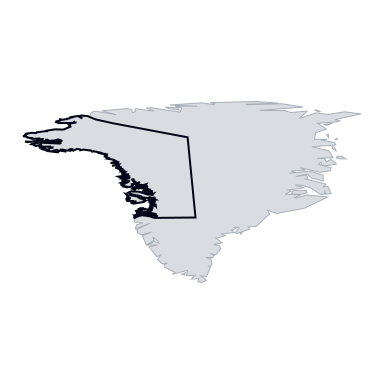 Qaasuitsup Kommunia on a map of Greenland (Natural Earth projection)
{"feature_id": "GRL-2743", "entity_name": "Qaasuitsup Kommunia", "entity_type": "state/province", "adm_level": 1, "iso_a3": "GRL", "parent_name": "Greenland", "parent_adm1": "", "projection": "natural_earth1", "projection_center": [-56.716, 74.362], "detail": "fine", "context": "in_parent", "style": "outline", "palette": "ink", "viewbox_px": 384, "rotation_deg": 0, "n_neighbors": 0, "source": "natural_earth", "source_scale": "10m", "svg_char_len": 9671}
<svg xmlns="http://www.w3.org/2000/svg" viewBox="0 0 384 384"><path d="M256.0,101.5L278.6,103.2L246.3,104.2L246.3,104.8L282.4,103.8L303.1,107.1L259.7,110.4L285.3,110.7L290.7,112.5L307.1,111.1L299.4,118.4L316.0,112.9L328.5,114.4L344.6,111.8L361.0,113.9L334.8,119.7L339.7,120.7L337.2,121.8L317.7,123.4L326.3,129.1L315.6,132.7L314.5,139.3L327.2,139.3L320.7,140.0L334.3,142.5L335.8,145.0L311.8,146.7L328.9,150.8L333.0,157.8L317.3,158.2L324.7,158.6L326.4,161.9L330.8,159.3L336.4,164.1L326.0,165.8L320.8,164.8L321.4,163.0L320.0,162.4L318.5,164.5L331.1,167.8L330.3,170.8L320.5,172.3L300.5,167.8L305.5,170.2L290.9,171.0L295.5,172.4L289.6,173.3L309.6,171.2L323.1,175.0L323.2,181.1L311.7,178.2L307.3,174.0L295.8,176.5L306.5,175.1L307.9,178.1L305.1,179.0L326.0,184.1L323.5,186.9L327.7,186.2L331.1,193.7L325.9,194.2L324.8,191.0L324.1,194.4L320.2,194.3L311.2,188.2L302.5,185.4L295.1,185.0L304.4,187.8L288.2,190.0L291.0,191.2L285.0,194.3L300.8,194.7L294.5,197.6L296.1,197.9L306.8,195.0L327.7,197.0L303.9,208.4L276.8,213.4L267.8,210.4L269.4,214.0L255.8,226.7L248.0,226.6L249.8,229.1L236.9,233.6L235.2,232.6L239.2,227.7L233.5,227.1L236.2,228.1L231.6,230.2L233.9,232.6L221.4,233.9L225.4,235.7L216.0,238.2L222.3,242.9L213.4,244.4L219.8,245.8L220.6,249.2L215.7,254.8L210.4,253.5L214.2,255.5L212.5,257.5L205.8,257.6L211.1,258.9L211.9,265.0L208.9,266.2L210.6,266.5L206.7,276.4L200.8,275.8L206.5,280.4L201.4,282.5L197.9,281.6L199.0,278.5L191.3,279.1L195.2,275.2L186.6,275.6L187.4,270.4L172.3,274.3L174.9,272.3L164.6,267.2L163.9,264.7L167.5,263.1L162.3,263.8L157.5,259.7L160.8,254.9L156.9,256.8L149.0,246.8L157.3,245.1L147.9,245.1L154.4,241.2L158.8,243.1L158.0,241.0L152.5,236.9L154.1,240.2L146.5,245.0L142.3,235.8L151.4,232.1L142.2,234.7L138.0,233.6L136.7,229.8L150.3,223.0L135.3,229.0L136.4,224.9L142.9,223.0L134.7,222.1L133.9,218.6L141.9,215.8L153.9,217.7L142.9,215.2L134.3,217.6L137.8,212.2L147.6,213.4L150.1,210.8L136.3,211.5L138.4,209.0L150.3,209.1L152.3,207.5L149.5,207.9L150.4,204.8L155.3,204.5L150.5,204.1L154.8,197.6L142.9,197.4L128.9,192.3L152.5,194.7L145.6,189.8L150.2,189.9L137.4,187.5L145.4,184.6L135.4,185.4L137.1,183.6L133.9,179.3L132.3,179.6L135.2,182.9L132.2,186.3L122.3,185.6L126.8,179.3L122.3,180.7L124.0,179.3L122.2,178.6L127.3,175.3L121.8,174.3L124.0,171.8L119.1,170.1L120.7,168.5L118.4,165.7L112.5,165.7L118.2,162.7L104.7,156.5L106.6,155.4L105.0,154.0L77.5,149.1L48.3,151.0L41.8,148.8L49.9,146.9L32.8,143.9L61.1,140.7L43.4,141.1L24.4,135.9L31.5,132.9L64.6,129.1L74.3,122.9L57.8,121.7L72.9,117.0L89.8,116.1L91.3,112.3L95.5,111.2L116.0,114.7L101.8,110.8L127.1,108.6L131.8,109.7L132.6,112.8L135.3,111.5L135.3,108.7L154.1,111.2L146.1,107.9L151.2,107.8L180.2,112.1L181.7,107.8L174.8,106.2L197.1,106.2L169.8,105.0L201.7,102.8L213.8,104.7L214.7,103.8L210.1,102.6L256.0,101.5ZM129.9,195.3L145.3,201.0L133.9,203.7L126.6,200.1L130.2,198.3L127.1,196.8L129.9,195.3ZM306.4,190.5L307.1,192.7L302.4,194.2L291.3,194.0L293.1,190.6L306.4,190.5ZM179.2,110.2L168.8,108.6L165.4,107.1L178.5,107.8L179.2,110.2ZM332.4,123.3L326.7,125.4L323.7,124.5L332.4,123.3ZM341.4,156.1L345.9,158.9L337.0,158.6L336.6,156.8L341.4,156.1ZM336.5,151.4L332.7,148.6L332.2,146.6L334.2,147.0L336.5,151.4ZM124.5,175.6L122.4,177.7L118.5,176.5L124.5,175.6ZM320.6,111.6L318.7,111.8L314.9,110.2L316.3,109.9L320.6,111.6ZM152.7,199.0L149.4,201.4L148.6,199.0L152.7,199.0ZM328.6,134.3L328.7,137.7L326.6,134.8L328.6,134.3ZM31.5,141.6L28.0,142.1L25.4,141.6L31.5,141.6ZM134.5,187.6L132.7,189.2L132.3,188.9L134.5,187.6ZM337.3,139.3L334.6,139.6L337.1,138.3L337.3,139.3ZM185.4,272.8L184.3,275.2L181.6,274.2L185.4,272.8ZM146.3,191.1L143.6,190.9L143.4,190.7L144.4,190.1L146.3,191.1ZM241.9,233.0L240.6,234.1L240.2,232.8L241.9,233.0Z" fill="#d9dde1" stroke="#a8b0b8" stroke-width="1"/><path d="M50.6,147.3L50.1,146.5L43.4,146.8L38.6,145.8L42.0,144.4L36.1,146.0L33.6,145.2L35.4,144.9L31.4,144.2L32.6,143.4L35.5,143.3L34.3,143.0L41.1,142.7L60.3,143.6L59.8,143.4L61.4,143.0L44.7,142.4L54.3,141.7L61.1,142.6L58.7,141.4L62.3,140.9L58.6,139.5L58.9,139.3L53.5,140.6L49.1,140.8L47.1,139.6L46.6,139.7L47.7,140.7L44.2,141.2L38.2,140.3L42.7,139.5L42.8,139.0L36.1,139.5L40.2,138.4L32.5,138.9L31.8,138.7L33.2,138.2L27.4,137.7L27.2,136.9L23.0,136.2L26.6,135.2L24.4,135.0L25.9,134.4L25.5,134.2L26.1,133.6L32.0,132.8L36.2,133.1L36.6,132.4L45.8,131.1L47.8,131.4L45.7,130.8L55.2,129.3L62.9,129.6L64.8,129.3L64.1,129.3L70.3,126.7L69.4,125.8L69.9,125.0L68.9,124.5L69.9,123.8L69.5,123.4L76.5,122.5L74.4,122.4L74.1,121.8L72.7,122.8L70.1,123.0L58.4,123.1L58.3,122.6L56.0,122.1L56.2,121.4L60.1,120.5L60.4,119.9L67.2,119.1L66.2,118.9L69.8,118.3L70.1,117.6L71.8,117.4L71.4,117.0L77.7,116.0L82.3,118.5L79.3,116.0L81.4,115.5L87.5,116.1L95.9,119.5L113.1,123.3L187.6,137.3L195.5,217.5L154.3,217.9L152.2,217.1L153.9,216.7L155.9,216.0L158.1,216.3L155.9,216.0L151.4,216.9L152.1,216.7L149.4,216.2L151.4,216.2L156.0,215.2L152.7,214.6L152.1,215.0L153.6,215.1L150.3,215.8L149.1,214.8L151.5,214.8L151.1,214.0L147.8,214.4L149.3,215.3L148.4,216.1L143.0,215.3L147.5,214.1L138.8,215.9L134.6,217.9L134.1,217.1L135.4,216.2L134.5,215.4L137.1,215.5L135.8,214.9L136.4,214.7L136.9,215.2L137.7,215.2L137.0,215.0L138.5,214.8L136.8,214.6L139.5,214.0L137.2,213.7L143.8,214.5L144.7,214.1L140.3,214.0L137.7,212.9L138.1,212.4L135.9,212.7L136.8,212.4L138.0,212.3L142.2,213.3L140.0,212.5L145.5,213.5L149.9,213.3L154.1,214.7L156.7,214.3L148.5,212.3L151.5,212.4L148.9,211.8L150.3,211.5L150.2,210.5L152.6,209.9L152.1,209.8L147.1,210.5L149.8,211.5L142.2,212.4L141.8,211.5L139.1,211.8L141.3,211.1L136.6,211.7L136.3,211.2L138.2,211.3L142.5,209.8L141.1,209.6L150.2,209.3L150.9,209.2L150.6,208.2L152.0,208.9L152.3,208.4L151.1,208.0L153.2,207.2L149.3,207.8L151.3,206.4L149.9,206.7L150.5,204.8L152.5,204.9L151.1,205.5L153.3,205.2L154.9,206.6L154.2,205.8L155.3,205.3L155.9,206.1L155.8,205.2L152.9,204.8L156.3,204.4L154.2,204.2L154.8,203.1L153.5,204.1L150.2,204.1L151.7,203.5L151.0,203.2L151.9,203.1L151.7,202.1L155.8,201.6L151.6,201.8L152.2,200.6L154.5,201.0L152.0,200.1L155.8,199.7L153.2,198.4L155.4,197.5L149.1,198.1L151.5,197.6L149.3,197.2L148.0,198.1L142.5,197.4L140.7,196.1L132.0,194.5L128.3,192.6L131.1,191.3L139.5,191.8L147.2,194.4L153.4,195.0L152.5,194.6L153.4,193.6L150.6,194.5L148.4,193.3L149.3,192.8L151.2,193.8L152.1,193.5L150.7,192.8L152.6,192.7L149.9,192.6L149.9,191.8L147.7,192.0L148.9,191.4L151.6,192.1L152.7,192.0L150.9,191.4L151.3,190.9L144.5,189.7L149.1,190.2L150.9,189.7L147.4,189.4L148.9,188.8L142.7,188.9L147.0,187.8L146.3,187.0L140.8,188.5L142.6,187.8L142.6,187.0L148.0,186.0L141.6,187.0L138.1,186.6L145.4,185.2L146.1,184.2L143.1,185.1L136.4,184.3L138.6,183.4L138.5,182.8L139.9,182.0L135.8,183.8L135.5,181.8L133.7,181.1L132.7,179.5L134.5,179.3L132.6,179.3L132.1,179.5L132.9,180.8L135.6,183.3L132.4,184.1L133.4,184.9L131.3,184.3L132.9,185.6L132.5,186.4L128.2,187.2L124.4,186.0L125.2,186.9L122.8,186.4L121.8,185.0L122.4,184.9L120.4,184.6L124.3,183.8L123.9,183.0L126.8,182.8L128.5,181.8L129.6,180.3L128.0,181.9L124.3,182.6L122.2,182.2L126.5,180.1L126.1,179.3L127.7,179.2L121.9,178.6L123.1,178.0L130.1,178.3L125.7,178.0L128.0,177.2L126.5,176.8L128.6,176.0L126.2,176.0L128.2,175.6L126.7,174.6L127.1,174.3L121.6,173.8L123.7,172.9L123.2,172.8L124.9,172.9L123.0,172.3L125.2,171.5L119.3,169.3L120.7,169.1L119.5,169.0L120.0,168.5L121.3,168.9L122.0,168.8L120.1,167.7L121.8,167.6L119.0,166.6L119.9,166.5L117.3,166.2L118.6,165.8L117.9,165.8L119.0,164.6L112.0,165.9L117.9,164.4L115.5,164.0L119.0,163.7L115.0,163.3L118.9,163.0L116.2,162.1L116.9,161.8L112.9,161.1L115.0,160.5L113.5,159.7L107.1,158.7L108.4,157.9L105.4,156.8L106.6,156.1L103.9,156.5L106.8,155.8L106.9,155.2L105.5,154.9L106.2,154.3L104.6,154.1L105.7,153.8L102.0,153.9L100.6,153.4L101.4,152.9L100.7,152.6L97.7,153.2L98.8,152.3L93.6,151.2L92.1,151.7L91.1,150.5L83.4,149.6L80.3,150.3L80.1,149.5L77.1,148.9L73.1,150.7L72.3,150.2L72.4,149.3L70.9,149.1L71.2,149.8L69.4,149.8L69.9,150.7L65.6,150.4L65.4,151.5L62.4,151.0L64.4,150.0L63.3,149.7L60.6,149.7L59.3,151.1L56.5,149.8L54.2,150.5L58.8,152.4L47.6,151.1L46.9,150.8L47.5,150.5L40.9,148.9L44.2,148.0L47.1,149.5L49.2,149.5L49.4,147.9L52.5,147.9L52.6,147.3L50.6,147.3ZM143.8,202.0L133.3,203.7L130.6,202.6L136.0,202.3L134.9,202.0L136.3,201.1L133.4,202.1L133.9,201.7L132.3,201.8L132.7,201.0L127.7,201.1L126.1,200.2L129.9,200.4L126.5,198.9L127.5,198.1L130.8,198.5L127.1,197.1L127.5,195.9L130.1,195.3L136.7,196.2L140.1,198.4L144.6,199.4L145.2,199.9L144.5,200.4L145.6,200.7L143.8,202.0ZM149.3,198.5L151.9,198.6L152.8,199.1L151.0,200.0L151.1,201.3L149.8,201.7L148.4,200.1L150.7,198.7L148.5,199.0L149.3,198.5ZM142.2,187.6L138.4,188.7L137.0,187.3L142.2,187.6ZM135.0,189.6L132.2,188.8L134.4,187.4L135.8,188.8L135.0,189.6ZM25.0,141.5L32.0,141.7L27.4,142.1L25.0,141.5ZM123.6,177.5L120.7,177.3L122.1,176.2L126.0,175.8L123.6,177.5ZM34.6,141.0L39.4,141.5L32.3,141.2L34.6,141.0ZM125.7,179.1L123.6,180.8L121.7,180.6L123.2,180.0L122.1,179.7L125.7,179.1ZM137.4,185.7L135.1,184.8L139.5,184.7L137.4,185.7ZM120.0,168.0L117.9,168.3L115.1,167.6L120.0,168.0ZM144.1,208.2L142.3,208.5L137.9,209.3L140.8,208.1L144.1,208.2ZM143.9,190.1L146.9,190.9L143.3,190.8L143.9,190.1ZM116.7,162.9L112.7,163.1L110.5,162.9L115.5,162.4L116.7,162.9ZM121.6,174.3L122.6,173.9L125.4,174.7L121.6,174.3ZM121.9,176.1L119.4,177.0L118.4,176.6L121.9,176.1ZM41.5,147.2L40.8,147.8L38.8,147.5L41.5,147.2ZM121.0,183.0L122.5,182.6L123.4,182.9L122.5,183.5L121.0,183.0ZM137.3,210.4L138.7,209.9L139.6,210.5L138.1,211.0L137.3,210.4ZM119.1,170.0L120.1,169.9L122.9,171.0L121.2,171.3L121.8,170.6L119.1,170.0ZM128.1,194.8L126.5,194.9L125.8,194.0L128.1,194.8ZM142.3,209.1L146.1,208.8L144.2,209.3L142.3,209.1ZM61.4,119.4L59.6,119.4L59.2,119.1L61.4,119.4ZM145.4,191.9L147.4,192.5L145.2,192.1L145.4,191.9Z" fill="none" stroke="#020617" stroke-width="2"/></svg>